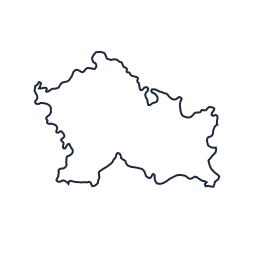 Babruysk, Mogilev, Belarus (orthographic projection), rotated 13°
{"feature_id": "67162791B49466941565536", "entity_name": "Babruysk", "entity_type": "district", "adm_level": 2, "iso_a3": "BLR", "parent_name": "Belarus", "parent_adm1": "Mogilev", "projection": "orthographic", "projection_center": [29.167, 53.064], "detail": "fine", "context": "isolated", "style": "outline", "palette": "slate", "viewbox_px": 256, "rotation_deg": 13, "n_neighbors": 0, "source": "geoboundaries", "source_scale": "gbopen_adm2", "svg_char_len": 5147}
<svg xmlns="http://www.w3.org/2000/svg" viewBox="0 0 256 256"><g transform="rotate(13 128 128)"><path d="M227.8,154.6L226.4,153.6L222.2,151.7L220.5,150.5L218.4,149.2L217.2,147.7L215.6,145.4L214.8,143.8L213.7,141.4L215.2,138.8L216.4,136.0L217.7,134.1L218.7,132.2L218.9,129.8L218.0,127.3L216.0,128.0L213.2,128.1L210.0,127.0L208.9,125.0L207.7,122.5L207.8,119.5L208.7,118.6L210.5,117.7L211.7,116.1L212.0,114.4L211.7,112.1L211.8,109.1L212.4,106.8L213.8,104.9L214.3,104.6L213.6,103.5L213.1,101.3L213.0,98.3L212.4,96.3L210.6,95.5L209.1,96.4L208.0,97.1L206.4,96.3L206.5,94.1L207.1,93.0L207.6,91.7L207.8,90.6L207.7,89.7L206.6,89.1L204.9,88.9L202.2,89.4L201.1,90.8L200.7,92.0L199.8,93.2L197.3,93.8L195.8,93.8L195.2,95.3L194.9,96.2L193.6,97.0L192.4,97.2L190.1,98.0L189.1,99.2L188.2,101.1L187.3,102.4L186.4,103.4L184.2,104.3L182.5,104.3L180.0,104.2L178.0,103.4L176.8,102.0L175.4,99.6L174.7,97.7L173.8,95.4L173.1,92.5L173.2,91.1L173.1,89.9L173.6,88.8L173.7,87.4L172.4,86.5L170.9,86.3L169.5,87.8L168.0,89.4L166.4,89.9L163.6,89.6L161.8,88.6L160.1,87.5L158.8,86.3L157.5,86.0L154.7,85.8L153.0,85.5L150.1,85.3L148.7,84.9L145.9,84.3L142.8,84.9L142.2,86.3L143.3,87.9L144.7,88.2L146.7,88.7L148.0,89.6L149.6,91.1L150.3,92.6L150.4,95.0L149.6,96.4L148.5,97.1L146.5,98.1L146.1,98.5L144.7,100.2L144.0,100.9L142.7,101.0L141.3,98.7L140.9,97.3L140.5,96.1L139.4,95.1L138.3,93.8L137.4,92.0L137.3,90.4L137.9,88.9L138.6,87.9L139.0,86.7L138.5,84.7L136.6,84.0L134.8,85.0L133.9,86.7L133.2,87.7L132.1,88.2L131.2,87.8L130.1,85.9L129.7,84.6L129.2,83.4L128.1,81.6L127.0,81.1L126.4,80.1L126.5,77.8L126.5,77.2L125.5,76.5L121.8,76.3L120.3,76.3L118.7,75.7L117.9,74.8L117.1,73.9L116.3,73.6L114.9,73.9L114.0,73.5L113.8,71.9L113.6,70.6L112.6,69.9L111.3,69.7L109.8,69.2L108.6,67.7L107.7,66.2L106.9,65.5L105.4,65.5L103.9,65.0L102.1,64.0L101.9,64.0L99.9,64.0L97.7,64.7L96.6,65.4L95.2,65.4L92.5,65.3L91.7,65.0L91.0,64.0L89.7,62.1L88.6,60.6L87.2,60.2L85.2,60.0L82.9,60.3L81.1,60.9L79.6,61.6L78.8,63.1L78.0,64.8L77.7,66.0L77.2,67.8L77.9,69.4L78.3,70.2L79.5,71.7L81.2,72.0L82.3,72.8L83.2,74.4L83.3,75.3L82.9,76.6L82.6,77.5L81.8,78.1L80.2,78.2L78.5,78.2L76.3,78.4L74.8,78.8L73.8,79.7L73.4,80.6L72.9,81.7L71.8,83.5L70.7,83.9L69.4,83.7L68.0,83.2L66.4,82.9L64.9,82.8L63.5,83.6L62.3,85.5L62.0,87.0L61.8,89.1L61.4,90.8L60.5,93.0L60.0,94.3L59.1,95.5L57.9,96.6L56.4,97.2L54.8,98.0L53.6,98.7L52.7,100.0L52.1,101.3L51.6,103.5L50.7,104.7L49.6,105.4L47.7,106.2L46.1,106.6L45.2,107.1L44.1,108.0L43.3,109.1L42.7,109.6L41.9,110.5L40.7,111.0L39.9,110.7L40.0,109.4L40.1,108.4L39.7,107.6L38.9,107.3L37.9,107.5L36.5,108.0L34.9,108.7L33.4,109.3L32.4,109.4L32.9,107.8L33.1,105.8L33.2,103.9L31.6,103.2L30.8,103.3L30.6,104.4L30.3,105.3L29.5,106.8L28.1,108.1L28.4,109.1L28.5,111.8L28.7,112.9L29.6,114.0L30.9,115.5L32.0,116.9L32.6,118.1L32.9,119.7L32.6,120.8L32.1,121.9L31.6,122.7L31.7,123.7L32.4,124.8L33.5,125.0L35.2,124.8L36.8,123.7L37.7,123.1L39.2,122.9L41.6,122.7L44.2,122.9L45.4,123.3L46.7,123.9L47.5,124.7L48.2,125.5L48.6,126.8L49.0,128.7L49.3,130.1L48.8,132.2L48.2,133.4L47.5,134.0L46.9,134.8L46.2,136.1L46.2,137.4L46.8,138.0L47.9,138.8L48.0,139.3L47.7,140.5L48.1,141.1L48.7,141.5L49.4,141.7L50.3,141.7L52.2,141.0L54.1,141.1L55.9,141.3L57.2,141.7L58.0,142.3L58.8,143.4L59.1,144.6L58.9,146.5L58.9,147.9L59.7,148.4L61.1,148.2L61.9,147.4L62.7,146.7L63.5,146.1L64.6,146.7L65.6,147.6L66.8,148.4L67.8,150.0L67.8,150.9L67.5,151.6L66.8,152.8L65.9,153.4L65.5,154.6L65.7,155.2L67.0,156.0L68.1,156.6L68.8,157.8L68.8,158.9L68.8,160.1L69.0,161.5L70.2,162.4L71.4,162.0L71.9,160.4L72.3,158.9L73.5,156.9L74.4,156.9L75.3,157.8L76.2,159.1L77.7,160.6L79.0,161.8L79.6,164.0L79.2,165.3L78.5,166.5L77.4,167.8L76.1,168.6L75.1,169.4L74.8,170.9L75.0,172.3L75.4,173.7L75.3,174.9L75.8,176.1L76.5,177.6L76.0,179.8L75.2,180.9L74.2,181.9L72.3,182.5L71.4,182.8L70.3,183.8L69.9,184.8L70.1,186.0L70.7,187.5L70.7,189.4L70.9,190.8L70.5,192.4L70.0,194.1L70.2,195.3L71.7,196.0L73.0,195.9L74.1,195.5L75.0,194.8L75.8,193.9L77.2,193.6L78.8,193.9L80.6,194.5L81.8,195.3L82.5,195.8L82.5,193.4L83.8,192.4L86.9,192.4L89.2,192.4L92.6,191.8L94.9,191.5L97.6,190.6L99.1,190.4L100.4,190.1L102.4,189.2L104.0,189.7L105.1,191.5L106.4,192.7L108.1,192.0L109.6,190.6L110.6,189.2L111.1,188.1L110.7,186.6L111.0,184.4L111.3,183.0L110.7,181.2L109.9,179.2L109.6,177.5L110.6,176.0L112.3,174.2L114.4,172.1L116.0,170.6L118.3,167.9L119.9,165.9L120.7,164.1L121.1,161.9L122.3,160.3L122.6,158.3L122.6,156.7L123.2,154.9L124.3,154.6L126.2,155.3L127.2,156.7L128.1,158.9L130.4,159.9L132.7,160.5L134.3,163.0L136.1,164.6L139.8,165.2L142.1,164.9L145.8,164.7L149.1,164.7L151.5,165.0L153.8,166.7L154.8,168.3L156.5,170.9L159.0,171.9L159.1,172.0L160.5,171.8L161.2,171.3L161.9,169.4L162.4,167.6L163.0,167.1L164.4,167.9L164.9,169.0L165.1,170.5L166.2,173.1L168.6,175.5L172.0,175.2L174.6,173.8L177.4,171.4L180.0,168.2L183.0,165.7L186.3,163.0L189.4,162.0L193.6,161.7L195.5,162.0L197.6,163.1L199.6,163.6L200.7,163.3L202.5,161.9L203.7,160.5L205.9,160.3L207.3,161.0L209.9,162.0L212.8,162.8L214.8,162.6L216.8,163.2L215.5,165.4L216.7,167.3L219.2,166.3L222.0,166.4L224.6,165.9L224.7,164.2L224.9,160.6L225.8,159.7L227.4,157.8L227.9,154.8L227.8,154.6Z" fill="none" stroke="#1e293b" stroke-width="2"/></g></svg>